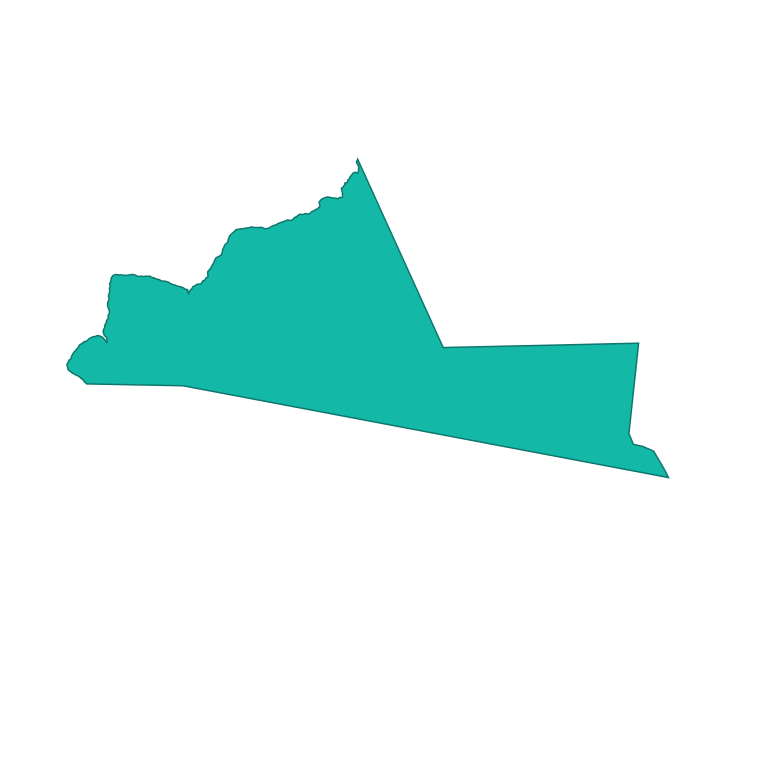 the district of Urdmau, Ngardmau, Palau, rotated 312°
{"feature_id": "81905179B21109401244182", "entity_name": "Urdmau", "entity_type": "district", "adm_level": 2, "iso_a3": "PLW", "parent_name": "Palau", "parent_adm1": "Ngardmau", "projection": "robinson", "projection_center": [134.588, 7.601], "detail": "fine", "context": "isolated", "style": "filled", "palette": "teal", "viewbox_px": 768, "rotation_deg": 312, "n_neighbors": 0, "source": "geoboundaries", "source_scale": "gbopen_adm2", "svg_char_len": 3171}
<svg xmlns="http://www.w3.org/2000/svg" viewBox="0 0 768 768"><g transform="rotate(312 384 384)"><path d="M533.4,214.1L532.4,214.5L530.6,214.8L529.6,216.9L529.3,218.5L528.1,220.3L526.5,221.2L525.7,222.5L524.6,222.8L523.0,223.1L522.4,221.3L521.8,220.7L519.7,219.9L516.7,220.2L514.7,220.3L513.7,221.0L511.6,220.6L510.2,221.5L508.9,221.8L508.7,221.6L507.9,220.9L506.9,220.5L506.6,221.3L504.9,221.6L503.5,221.6L502.2,222.0L501.1,221.3L499.8,222.6L498.6,224.8L496.8,226.6L495.6,227.9L494.7,228.2L493.4,226.7L492.9,226.2L490.5,225.7L490.0,224.1L489.2,223.0L488.3,221.9L486.9,219.7L485.5,217.1L483.3,215.6L481.1,214.5L479.0,213.9L475.9,214.0L474.7,215.4L473.6,217.2L472.4,217.4L469.7,217.4L467.9,216.5L465.5,215.9L464.1,215.0L461.7,214.9L459.8,214.5L458.1,211.6L455.7,210.4L454.1,208.1L452.1,207.3L449.2,207.0L448.5,206.3L446.3,206.1L444.5,206.2L442.7,204.7L441.4,202.6L438.3,201.1L435.3,199.4L431.9,197.7L430.5,197.5L429.2,196.7L428.1,196.0L425.7,195.0L422.9,194.1L420.0,192.2L419.2,189.9L418.6,188.3L415.6,185.3L413.5,182.8L412.2,180.5L409.4,179.0L407.4,176.9L404.5,174.9L402.3,172.8L399.9,170.9L397.2,170.7L394.0,170.3L390.6,170.2L388.7,171.1L386.3,171.9L385.5,172.9L383.3,172.8L380.5,172.7L378.7,173.4L375.9,174.3L373.3,175.7L372.2,176.5L369.9,176.5L368.0,175.7L365.3,174.8L362.4,175.4L359.6,176.6L357.3,176.8L355.9,177.2L354.5,177.7L353.1,177.7L349.5,177.9L347.8,179.3L346.4,181.3L343.2,180.8L341.2,181.4L339.3,180.3L336.2,181.1L334.6,179.8L332.6,178.1L330.2,177.8L328.7,176.9L326.2,177.4L324.4,177.4L322.2,177.3L320.6,178.5L320.8,176.4L321.7,175.9L322.7,175.0L322.2,173.9L321.5,173.2L321.1,170.0L319.9,167.2L318.6,165.3L317.7,162.5L316.6,160.5L315.9,158.3L315.3,155.2L313.7,152.2L311.8,150.0L311.0,146.6L309.7,144.9L309.3,143.5L309.1,142.0L308.0,140.8L307.5,138.0L304.4,134.5L302.8,133.4L301.8,131.4L300.1,130.2L298.9,128.0L298.1,125.1L296.6,123.3L293.3,120.7L290.9,118.3L289.4,115.8L288.0,114.6L287.1,113.0L285.9,111.4L283.4,110.0L280.6,110.3L279.1,111.2L278.0,111.8L276.7,112.7L275.2,112.7L273.8,114.7L273.2,115.3L271.5,115.8L270.1,117.4L269.1,118.3L266.6,119.6L265.0,120.2L263.5,122.6L261.6,123.7L259.8,124.0L258.4,125.1L256.7,126.7L255.9,128.4L254.8,130.7L253.6,131.8L252.7,132.8L250.7,132.9L249.2,134.2L248.5,135.4L246.4,135.2L244.8,135.7L244.0,136.7L242.2,136.7L241.7,137.1L241.0,137.2L238.9,138.7L237.0,139.1L234.8,140.3L234.3,141.9L233.8,142.0L232.9,144.1L233.0,146.3L232.1,147.8L230.4,149.7L229.4,150.1L229.7,148.1L230.3,145.1L230.2,142.6L229.3,140.3L228.3,138.6L226.4,137.8L224.2,136.0L222.5,135.4L221.0,134.6L218.5,134.5L216.9,134.3L215.5,133.4L214.3,132.7L212.4,132.6L211.4,132.3L209.9,131.8L208.7,131.6L207.7,132.1L206.2,132.3L204.3,132.3L202.1,132.3L200.4,132.3L198.2,132.6L196.9,132.9L195.3,133.4L193.6,134.2L192.3,134.6L190.9,133.9L189.4,134.5L187.6,134.9L186.4,135.4L185.4,136.3L184.9,137.5L183.3,139.5L183.4,142.1L183.5,144.4L184.0,146.9L184.7,149.6L185.6,152.3L185.4,155.2L186.0,155.4L185.5,157.0L185.7,158.8L185.0,160.1L185.4,161.1L185.0,162.3L185.4,163.3L248.1,235.7L504.8,658.0L508.0,649.9L514.5,629.4L510.7,618.0L506.0,609.7L511.0,599.2L584.7,545.9L526.7,484.4L450.7,403.6L533.4,214.1Z" fill="#14b8a6" stroke="#0f766e" stroke-width="1.5"/></g></svg>